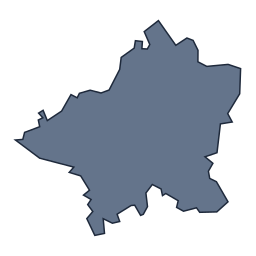 Ilinden, Ilinden, North Macedonia (Mercator projection)
{"feature_id": "65306769B96120860372222", "entity_name": "Ilinden", "entity_type": "district", "adm_level": 2, "iso_a3": "MKD", "parent_name": "North Macedonia", "parent_adm1": "Ilinden", "projection": "mercator", "projection_center": [21.621, 41.998], "detail": "fine", "context": "isolated", "style": "filled", "palette": "slate", "viewbox_px": 256, "rotation_deg": 0, "n_neighbors": 0, "source": "geoboundaries", "source_scale": "gbopen_adm2", "svg_char_len": 1017}
<svg xmlns="http://www.w3.org/2000/svg" viewBox="0 0 256 256"><path d="M158.4,20.6L144.2,31.6L149.8,44.5L147.3,49.0L141.9,48.7L142.4,41.5L135.4,40.7L134.2,48.1L121.2,57.4L119.7,69.4L109.1,90.0L101.0,93.0L90.1,90.2L79.4,93.3L77.2,97.8L71.0,94.6L61.6,111.1L47.3,120.6L43.1,110.3L38.6,113.1L42.8,117.8L38.3,120.0L39.7,126.7L24.6,132.4L22.8,139.4L15.4,140.0L39.7,158.2L73.8,167.1L69.2,172.4L80.7,175.9L89.5,190.2L83.5,195.1L91.1,199.5L87.7,204.6L92.8,211.5L86.8,218.6L94.8,235.4L104.5,233.4L103.2,218.7L112.4,223.2L119.7,221.5L117.1,214.2L131.1,205.5L134.7,205.2L140.6,215.4L143.3,214.3L147.5,206.6L145.9,193.0L152.3,184.5L161.1,189.0L162.5,195.6L165.8,193.5L178.2,200.7L176.6,207.4L183.5,211.2L196.5,207.8L199.7,212.3L216.8,211.9L228.0,201.8L216.4,181.7L209.7,178.4L208.4,171.2L212.9,163.3L205.0,156.8L217.0,152.7L220.4,123.9L232.2,122.0L227.7,113.6L239.7,93.8L240.6,68.6L228.1,64.4L206.8,66.4L197.9,61.8L198.0,50.3L193.1,40.4L186.9,38.0L175.8,45.3L158.4,20.6Z" fill="#64748b" stroke="#1e293b" stroke-width="1.5"/></svg>